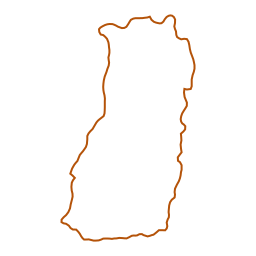 Vargem Grande do Rio Pardo, Minas Gerais, Brazil
{"feature_id": "56859067B74377484485590", "entity_name": "Vargem Grande do Rio Pardo", "entity_type": "district", "adm_level": 2, "iso_a3": "BRA", "parent_name": "Brazil", "parent_adm1": "Minas Gerais", "projection": "equal_earth", "projection_center": [-42.301, -15.332], "detail": "fine", "context": "isolated", "style": "outline", "palette": "amber", "viewbox_px": 256, "rotation_deg": 0, "n_neighbors": 0, "source": "geoboundaries", "source_scale": "gbopen_adm2", "svg_char_len": 2771}
<svg xmlns="http://www.w3.org/2000/svg" viewBox="0 0 256 256"><path d="M174.6,197.5L175.0,194.6L174.6,192.1L175.0,188.7L176.0,186.6L176.9,184.7L178.8,181.3L179.9,178.4L180.6,175.4L181.0,172.1L181.6,169.8L181.6,165.2L180.0,162.2L178.0,160.8L177.8,157.3L179.9,154.5L181.6,152.3L181.0,148.6L180.6,144.6L181.4,140.5L181.2,136.9L180.9,133.7L183.4,131.5L185.1,129.4L185.3,126.2L183.8,124.5L182.2,123.4L181.1,121.5L180.7,119.1L181.2,116.2L182.2,113.4L183.7,110.9L185.3,108.4L186.8,105.9L186.9,102.6L185.7,99.7L184.6,97.0L184.0,92.5L184.4,88.9L186.9,89.5L190.7,89.0L191.7,86.3L191.7,82.3L191.7,79.5L192.6,75.2L193.8,71.8L194.5,68.7L194.5,65.1L193.9,62.0L193.3,59.4L192.1,56.1L190.8,52.7L189.9,49.1L189.3,45.1L188.5,41.7L186.9,39.1L184.1,38.8L181.2,39.3L178.8,38.2L177.1,37.0L176.3,34.9L176.0,31.4L175.0,29.0L174.3,26.4L175.0,23.0L175.1,19.5L173.9,17.1L172.1,15.7L170.4,15.4L168.6,15.8L166.6,17.0L164.8,19.2L163.4,21.6L161.5,23.2L159.7,23.4L157.7,23.0L156.0,22.6L153.9,21.8L151.5,19.8L149.8,16.7L147.3,17.5L144.6,17.8L142.5,18.1L139.0,18.2L135.4,18.2L133.3,18.6L130.9,19.8L129.7,21.6L128.1,24.3L126.4,26.8L124.4,27.9L121.9,28.1L120.2,27.5L118.0,26.7L116.1,25.6L114.4,24.8L112.5,24.1L109.5,24.0L107.3,24.3L105.1,25.0L102.5,26.3L100.4,27.6L99.0,29.2L99.3,32.0L100.7,34.5L103.3,35.1L105.2,36.8L107.0,38.8L108.4,42.3L108.8,44.7L109.0,47.1L109.4,50.0L109.4,52.9L109.0,55.2L108.4,57.4L108.7,60.1L109.1,62.6L108.7,65.6L107.4,68.9L106.5,71.9L105.7,74.0L104.7,76.6L103.8,80.5L103.4,83.8L103.2,87.0L103.4,90.1L103.8,92.5L104.5,95.3L104.9,98.5L104.8,101.4L104.8,104.2L104.8,107.2L104.7,110.7L104.5,113.5L103.6,116.1L101.7,117.6L99.5,119.3L97.9,120.7L96.4,122.5L94.7,125.4L92.6,129.0L90.2,131.4L88.5,133.5L87.3,136.0L87.3,139.4L86.9,144.0L85.9,147.0L84.4,149.2L82.9,151.3L81.5,152.9L79.8,155.0L78.5,158.2L77.4,161.0L75.7,162.9L74.3,164.7L73.2,166.6L72.1,168.6L71.2,171.1L70.3,173.7L72.5,175.5L74.8,177.9L73.0,180.2L71.8,182.7L71.4,186.9L71.7,190.4L72.5,193.7L72.6,196.7L71.9,199.7L70.7,204.4L70.0,208.4L68.3,212.2L66.1,215.1L63.7,217.2L61.6,219.6L61.5,222.1L63.5,223.3L66.1,223.8L68.9,225.7L70.6,228.1L72.8,229.5L76.2,229.6L78.3,231.8L79.8,233.8L81.2,236.3L82.5,238.1L84.0,239.5L86.5,239.5L88.8,239.4L91.2,240.0L93.6,240.6L95.7,240.6L98.7,240.4L101.1,239.6L103.2,238.6L106.5,238.5L109.5,238.6L111.9,238.9L114.0,238.5L116.5,238.4L119.3,237.9L122.5,238.1L124.5,238.3L126.6,238.4L129.2,237.2L131.7,235.8L133.6,235.5L135.4,235.6L137.1,235.4L139.4,234.2L141.9,234.1L143.5,235.1L145.4,235.7L147.6,236.4L149.9,235.8L151.8,235.1L153.5,234.7L155.3,233.3L157.1,231.8L158.9,230.2L162.4,230.2L165.1,230.3L166.7,228.5L167.3,226.2L166.7,222.5L167.7,219.4L168.8,217.4L169.0,214.9L168.6,212.1L168.8,209.5L169.2,205.4L170.1,202.2L171.8,199.7L174.6,197.5Z" fill="none" stroke="#b45309" stroke-width="2"/></svg>